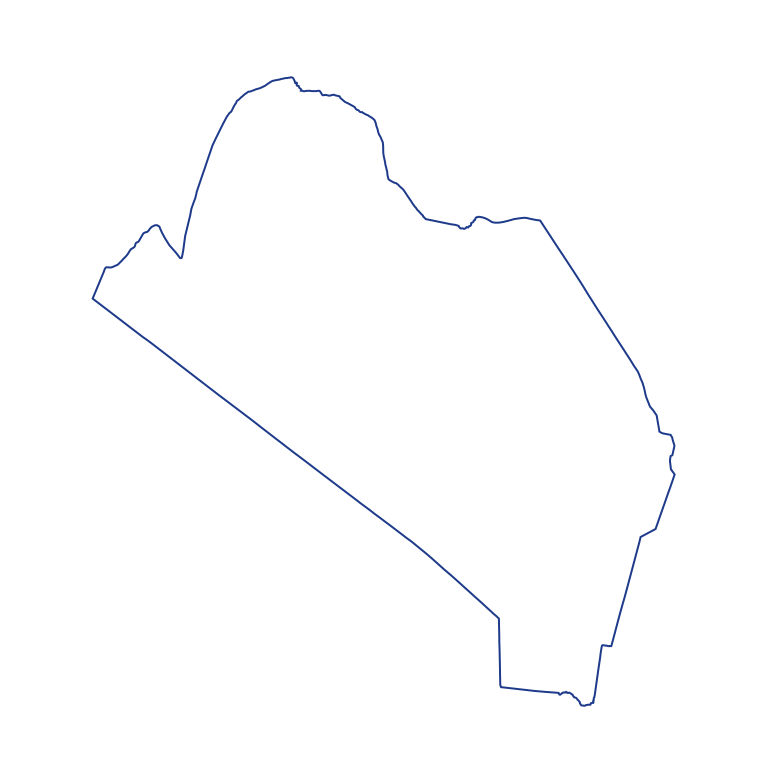 outline of Kajiado South, Rift Valley, Kenya, rotated 8°
{"feature_id": "3690345B92214929535535", "entity_name": "Kajiado South", "entity_type": "district", "adm_level": 2, "iso_a3": "KEN", "parent_name": "Kenya", "parent_adm1": "Rift Valley", "projection": "mercator", "projection_center": [37.518, -2.686], "detail": "fine", "context": "isolated", "style": "outline", "palette": "blue", "viewbox_px": 768, "rotation_deg": 8, "n_neighbors": 0, "source": "geoboundaries", "source_scale": "gbopen_adm2", "svg_char_len": 6127}
<svg xmlns="http://www.w3.org/2000/svg" viewBox="0 0 768 768"><g transform="rotate(8 384 384)"><path d="M83.6,340.0L139.1,371.3L141.6,372.5L148.4,376.2L221.3,417.6L257.8,437.9L268.7,444.2L304.0,464.3L313.5,469.5L335.7,482.0L375.1,504.0L377.1,505.2L387.6,510.9L392.6,513.8L398.0,516.7L404.8,520.5L408.7,522.6L427.0,532.9L427.5,533.2L433.0,536.1L437.3,538.7L444.2,542.9L450.1,546.5L456.3,550.5L469.7,559.5L477.0,564.1L488.5,571.8L504.1,582.4L511.6,587.4L519.4,592.8L521.8,594.4L524.0,596.0L527.2,598.0L530.4,600.3L530.9,603.2L532.3,611.9L533.3,618.0L534.1,623.5L535.1,629.1L537.0,640.7L537.8,645.6L539.6,657.0L540.4,662.0L541.0,665.8L542.1,667.9L575.9,667.0L588.9,666.3L596.2,665.8L599.9,665.6L600.3,666.4L600.9,667.1L601.4,667.2L601.9,667.0L602.3,666.6L602.7,666.0L603.3,665.4L603.8,665.3L604.3,664.6L605.0,664.4L606.3,664.4L606.7,663.9L607.2,663.5L607.7,663.7L608.0,664.1L608.5,664.2L609.1,664.4L609.6,664.1L610.0,664.1L610.6,663.9L611.9,664.4L613.1,665.1L613.9,665.3L614.1,665.9L614.4,666.3L615.6,667.3L615.9,667.8L616.5,667.9L617.1,667.9L617.7,668.0L618.7,668.7L619.8,669.8L620.9,670.5L621.2,670.9L622.1,671.7L622.3,672.1L622.4,672.9L623.5,674.1L624.0,674.7L625.2,674.8L626.1,674.7L627.2,674.8L627.8,674.6L628.4,674.0L629.0,673.9L629.4,673.6L630.0,673.5L630.6,673.2L632.5,673.0L633.1,672.7L633.1,672.1L633.3,671.4L634.7,670.7L635.5,670.7L635.7,670.3L635.7,669.8L635.2,669.0L635.6,668.4L635.5,668.0L635.7,667.5L635.4,667.1L635.5,666.3L635.5,665.7L635.9,665.1L635.8,664.6L635.9,663.7L636.0,662.4L636.0,636.9L636.1,624.9L636.0,620.8L636.1,614.7L636.3,612.7L636.8,612.3L638.1,612.1L638.6,612.1L639.6,612.3L640.8,612.1L642.2,612.3L643.4,612.3L643.9,612.0L644.4,612.1L645.5,611.9L645.7,611.2L649.2,581.9L650.9,569.0L651.9,562.2L653.0,553.4L658.9,505.0L659.4,499.8L673.1,489.8L673.5,487.8L677.6,467.3L680.2,454.4L680.6,452.2L681.6,447.6L683.0,440.5L684.4,433.1L680.0,428.5L679.4,426.1L677.9,420.5L677.8,418.8L677.8,416.4L677.9,415.5L679.0,414.7L679.5,414.2L679.6,412.9L679.8,410.4L680.2,405.6L680.1,404.4L677.5,398.8L676.9,397.0L676.1,396.0L674.9,394.5L666.9,394.1L665.2,393.6L663.3,392.8L662.9,391.2L661.1,385.7L659.4,380.4L658.6,377.8L658.3,377.1L654.3,372.7L650.5,369.3L645.7,360.9L644.7,358.8L643.1,354.4L641.9,351.3L639.8,346.8L637.4,342.9L635.4,339.2L633.5,336.2L628.8,331.0L624.1,325.3L608.7,307.6L605.5,303.9L604.7,303.0L602.5,300.3L601.4,299.1L599.8,297.2L598.3,295.6L596.5,293.4L584.9,280.1L574.9,268.4L566.9,258.7L557.1,247.3L545.0,233.5L537.7,225.3L515.9,200.4L511.7,200.4L505.8,200.1L502.0,199.7L499.6,199.9L494.9,201.1L489.9,202.6L484.9,204.8L479.4,207.0L475.4,208.2L471.8,208.8L468.6,208.7L464.0,206.7L461.2,205.8L458.4,205.3L454.7,205.2L454.3,205.4L453.8,205.5L453.4,205.8L452.6,205.9L451.8,206.6L451.5,207.3L451.2,209.0L450.5,209.3L450.1,209.7L450.1,210.4L449.9,211.1L449.4,211.6L448.2,212.3L447.9,212.7L448.1,214.2L447.8,215.0L447.5,215.4L446.7,215.7L446.1,216.1L445.9,216.7L445.7,217.2L445.0,217.3L444.3,217.1L443.7,217.3L443.5,218.0L443.1,218.5L441.8,219.2L441.3,219.2L440.7,219.0L440.0,218.9L438.8,219.3L438.2,219.2L437.8,219.1L436.8,218.3L436.4,217.9L436.2,217.4L435.8,217.0L432.5,216.5L428.1,216.5L402.4,214.9L400.6,213.4L400.0,213.1L399.5,212.7L399.1,211.8L398.6,211.4L397.6,210.8L394.0,207.8L392.9,207.1L391.1,205.1L390.1,204.3L387.8,202.0L386.7,200.8L385.3,199.0L384.3,198.0L381.0,194.4L378.5,191.5L376.3,189.1L375.7,188.6L374.6,187.8L372.1,186.2L370.6,184.9L368.4,183.6L367.8,183.4L365.9,183.2L363.8,182.4L360.9,181.2L359.7,180.2L359.4,179.2L358.8,177.8L358.3,176.3L357.5,173.0L356.8,171.5L355.8,168.7L355.1,167.2L354.6,165.8L354.2,164.3L353.2,161.5L352.1,158.6L351.2,155.5L350.9,154.1L350.8,153.2L350.1,148.8L349.7,147.1L349.4,145.8L349.3,145.1L348.9,144.4L346.6,140.6L345.8,139.4L344.3,137.5L343.8,136.6L343.0,134.9L342.4,133.2L341.7,131.7L340.7,129.9L339.5,126.8L339.1,126.1L338.4,124.8L337.6,123.7L336.3,122.9L334.9,122.0L334.3,121.8L333.5,121.4L332.3,121.0L330.9,120.2L328.6,119.6L327.0,119.0L325.1,118.2L324.5,117.8L323.6,118.0L323.1,118.0L322.5,117.9L321.6,117.4L321.0,116.8L320.4,116.4L319.0,116.2L318.5,116.0L318.0,115.7L316.2,113.7L309.4,111.1L306.1,110.1L301.1,106.9L299.9,105.3L296.2,105.0L295.0,104.8L294.2,104.6L293.7,104.6L292.3,105.1L289.9,106.1L289.4,106.1L287.0,105.9L285.4,106.0L284.8,106.1L284.2,106.4L283.4,106.5L283.0,106.5L282.6,106.3L282.2,105.8L281.3,104.7L279.8,103.0L279.3,102.7L278.1,102.8L276.2,103.4L275.3,103.5L274.3,103.7L272.5,103.9L271.4,104.0L269.7,104.0L268.9,104.1L266.5,104.5L265.8,104.7L265.0,105.0L264.3,105.2L263.9,105.3L263.2,105.2L262.6,105.0L260.9,105.1L261.1,104.2L260.8,103.7L259.8,103.0L259.1,102.6L258.7,102.3L258.2,101.0L257.8,100.7L256.4,100.7L256.0,100.3L255.8,99.7L256.0,98.2L255.7,97.8L255.2,97.8L254.8,98.2L254.2,98.3L253.9,97.8L253.8,97.3L253.6,96.8L252.7,95.5L252.0,94.4L251.5,93.8L250.8,93.4L249.7,93.2L249.1,93.2L248.4,93.6L247.6,93.9L246.8,94.0L245.6,94.5L243.7,94.8L242.3,95.4L241.7,95.6L240.2,96.1L238.2,97.0L232.6,98.9L231.4,99.4L230.4,100.1L228.7,101.5L227.4,102.6L225.1,104.9L223.7,105.9L221.0,107.7L219.8,108.4L215.8,110.2L214.0,111.3L212.6,112.0L210.6,113.1L210.1,113.2L209.1,113.4L208.7,113.7L207.3,115.1L206.2,116.0L205.6,116.6L203.6,119.0L202.6,120.0L200.9,122.3L199.1,124.0L198.8,124.5L198.5,125.9L198.3,126.5L197.5,128.0L196.4,130.8L195.1,134.8L194.5,135.9L193.9,136.5L193.4,136.9L191.1,141.3L188.3,149.0L183.5,163.5L181.0,171.4L176.9,192.9L176.1,197.5L175.8,198.6L171.8,219.7L171.7,221.9L171.2,226.4L170.2,230.8L168.9,237.2L168.6,244.0L166.8,262.1L166.5,264.9L166.6,279.8L166.3,285.9L166.1,286.8L166.0,287.4L165.2,287.7L164.3,287.5L162.4,285.5L159.0,282.3L152.0,276.3L146.8,270.1L143.6,265.8L141.4,262.4L139.6,259.3L137.0,258.3L134.9,258.8L132.0,260.8L130.3,263.2L129.5,265.0L128.4,266.3L126.1,267.3L124.7,268.4L121.5,276.3L120.9,277.4L120.3,277.8L119.7,278.1L119.3,278.4L118.7,279.0L118.4,279.8L118.3,281.2L118.1,282.2L117.6,283.3L114.5,285.9L113.3,288.4L111.9,291.6L111.2,292.7L109.8,294.7L108.2,296.8L107.6,297.8L104.0,302.6L103.6,303.0L103.2,303.3L102.1,303.9L99.5,305.6L97.5,306.6L97.0,306.7L93.1,307.0L92.5,307.3L92.1,307.8L91.7,308.4L91.5,309.0L91.0,311.5L83.6,340.0Z" fill="none" stroke="#1e3a8a" stroke-width="2"/></g></svg>